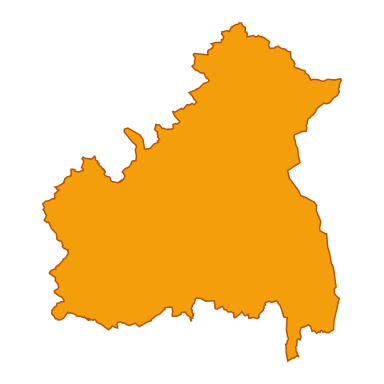 Roscrea-Templemore Lea-4, North Tipperary, Ireland (Mercator projection)
{"feature_id": "5873133B40874438019884", "entity_name": "Roscrea-Templemore Lea-4", "entity_type": "district", "adm_level": 2, "iso_a3": "IRL", "parent_name": "Ireland", "parent_adm1": "North Tipperary", "projection": "mercator", "projection_center": [-7.88, 52.84], "detail": "fine", "context": "isolated", "style": "filled", "palette": "amber", "viewbox_px": 384, "rotation_deg": 0, "n_neighbors": 0, "source": "geoboundaries", "source_scale": "gbopen_adm2", "svg_char_len": 5909}
<svg xmlns="http://www.w3.org/2000/svg" viewBox="0 0 384 384"><path d="M56.7,318.5L57.6,319.9L60.2,319.9L62.5,318.7L63.9,317.9L67.7,312.3L68.0,313.1L70.0,312.8L75.7,314.4L76.4,316.0L80.6,316.4L83.4,317.6L84.4,316.8L85.5,318.1L88.9,318.7L87.4,319.6L88.6,320.3L91.1,319.7L93.4,320.2L94.1,319.4L95.5,319.9L97.0,322.4L101.2,324.2L108.4,329.8L111.1,327.9L112.0,326.1L117.5,328.1L117.7,326.2L116.7,324.5L117.0,323.7L118.0,322.2L120.5,321.8L122.7,323.2L124.5,322.8L126.2,324.4L129.2,325.5L135.2,323.3L139.3,326.7L147.1,322.1L151.3,320.7L151.1,319.8L156.9,315.2L160.2,313.7L163.4,310.2L165.0,309.5L164.5,308.1L164.9,307.7L171.4,307.1L172.4,308.0L172.3,309.9L172.9,311.5L172.2,313.7L172.4,316.4L177.3,316.0L180.9,314.3L181.5,312.6L182.2,312.1L185.2,312.2L187.8,315.5L189.8,316.7L190.9,320.9L191.5,320.7L191.1,319.9L191.3,318.2L192.8,318.0L192.4,317.0L193.2,315.5L192.8,315.2L193.7,314.1L192.5,313.0L191.9,311.1L192.2,309.9L191.2,309.1L192.7,304.7L194.4,302.9L195.4,298.7L196.8,298.0L201.0,298.7L205.9,301.2L214.2,300.8L214.5,303.5L214.9,303.7L214.8,307.1L215.3,308.7L217.4,309.1L221.9,306.3L223.7,307.6L224.0,309.6L226.6,310.0L227.3,311.4L228.4,312.0L231.1,311.8L233.2,313.0L233.8,313.9L233.7,316.8L234.9,317.9L240.6,313.5L241.8,311.5L244.6,315.4L245.5,315.8L248.1,314.3L248.9,318.3L253.5,317.5L257.3,318.5L259.0,317.3L258.9,315.0L259.7,313.6L263.4,310.1L263.5,308.8L264.3,307.7L263.9,307.2L264.0,305.9L265.4,305.1L265.0,302.9L268.9,301.3L272.0,302.5L275.9,300.8L277.8,301.9L277.9,303.0L280.2,305.8L281.7,309.6L283.7,316.9L287.1,317.8L286.4,329.5L287.5,336.7L288.2,337.6L288.4,339.6L287.2,341.0L287.0,343.8L285.6,344.3L286.2,346.6L286.1,351.6L287.7,361.0L292.5,358.2L294.1,358.1L296.9,355.6L298.2,356.9L298.7,356.6L295.9,350.7L296.0,348.5L295.6,346.9L296.9,345.6L296.7,344.1L297.3,339.4L298.8,339.0L300.0,339.9L301.1,336.7L299.8,332.5L301.0,327.7L305.7,326.4L308.5,324.6L309.6,326.0L310.4,326.0L312.1,331.3L314.3,330.6L316.5,333.2L318.6,331.9L320.0,332.3L320.9,330.6L321.5,330.4L322.3,330.8L323.0,332.3L324.5,331.5L326.0,332.5L328.7,332.7L333.5,329.6L334.0,320.9L339.2,298.5L335.4,295.0L334.3,293.2L334.4,288.9L336.1,286.9L333.3,267.2L331.2,262.7L329.5,252.9L327.7,247.2L326.6,233.8L325.4,233.7L320.0,230.7L319.6,227.7L320.8,221.5L316.3,210.9L316.7,205.4L314.5,202.4L305.3,197.2L300.7,195.7L298.6,190.8L289.4,178.3L287.6,170.7L300.0,162.6L298.3,155.4L297.6,147.9L296.1,145.7L295.0,139.9L294.4,139.0L294.0,136.1L294.7,134.7L302.9,131.3L306.3,131.2L306.8,128.0L306.3,125.4L307.2,123.7L307.0,122.5L308.4,118.3L310.0,117.9L311.1,116.1L312.6,115.4L315.5,111.9L315.9,110.3L318.2,107.4L323.9,103.2L326.6,103.8L329.9,102.6L333.1,98.3L337.2,95.6L339.3,91.6L338.4,88.8L339.2,87.3L339.4,84.4L341.2,80.3L340.7,78.7L334.8,80.0L327.8,79.3L323.1,81.4L317.6,79.6L312.9,79.4L311.0,80.2L308.5,75.3L305.3,73.0L305.3,71.4L304.4,70.5L301.9,70.1L298.2,68.2L296.4,68.2L294.3,66.7L294.0,66.1L294.9,63.9L294.1,62.9L294.2,61.9L290.8,57.9L290.6,52.0L287.1,51.1L285.5,49.2L281.2,48.4L278.4,46.2L275.8,46.9L274.2,48.2L269.7,48.2L268.5,44.8L269.6,41.8L263.8,37.5L262.1,37.5L261.8,36.5L259.5,36.6L258.6,35.4L256.8,36.9L254.6,36.5L253.5,35.5L246.9,36.9L247.3,33.6L246.6,32.9L246.7,32.2L245.1,31.9L245.4,27.5L242.5,25.7L241.5,23.0L239.0,23.0L238.2,24.4L236.3,24.5L233.1,26.0L232.2,27.3L231.4,27.1L229.3,31.5L226.8,30.6L222.9,32.0L222.1,31.6L221.6,33.9L223.7,36.6L223.1,39.2L221.4,39.8L221.7,41.2L220.5,42.5L216.2,42.5L211.3,43.7L213.5,45.8L211.6,48.5L208.3,50.3L207.7,51.7L207.9,54.8L194.3,53.5L193.3,54.6L193.5,55.6L194.8,57.0L195.3,59.0L194.4,61.0L194.6,62.8L194.0,64.8L192.0,66.2L195.4,70.0L197.6,70.5L200.1,72.7L204.4,73.3L204.5,74.3L206.3,78.2L208.0,78.9L209.2,80.5L208.1,82.1L203.6,83.5L199.2,88.0L196.3,89.3L196.6,89.6L189.0,92.6L192.2,95.8L193.9,99.1L196.7,101.7L194.5,104.6L192.4,103.6L191.4,103.6L190.0,105.0L187.1,104.6L183.5,108.9L182.3,109.2L181.6,108.3L174.4,112.4L173.6,111.4L172.8,111.7L174.4,115.7L179.6,121.3L179.5,122.3L177.4,123.8L175.2,123.5L172.9,124.7L173.3,127.9L172.3,129.0L165.9,129.4L163.7,128.2L162.1,128.5L159.6,125.0L155.8,124.6L156.2,125.5L155.8,125.6L154.7,129.2L155.2,130.3L157.3,131.7L157.6,132.5L157.2,134.0L158.0,135.7L157.7,136.9L159.5,139.8L157.5,141.2L158.2,142.3L153.9,144.1L150.2,148.4L145.1,149.3L144.4,148.1L143.0,139.4L140.0,135.0L127.7,128.0L124.3,129.3L124.2,131.8L131.5,140.9L135.9,145.1L136.5,147.3L135.3,149.7L136.4,156.1L135.9,160.9L133.1,160.8L131.8,161.6L131.1,164.1L129.0,167.1L125.4,168.5L122.5,171.4L122.2,172.2L123.4,173.1L125.0,176.2L123.2,179.8L121.8,179.9L121.7,180.7L121.1,180.4L120.4,181.1L121.1,181.4L120.0,182.0L119.9,181.4L118.0,182.8L111.6,181.4L110.5,180.1L110.5,178.2L109.3,177.0L105.5,175.9L104.5,174.6L104.2,173.2L104.9,172.9L105.2,171.8L104.4,171.1L104.7,170.4L103.5,169.7L103.8,169.4L103.1,168.7L102.5,168.9L101.0,166.6L99.2,165.6L99.0,163.6L98.1,163.7L98.0,162.6L97.4,162.6L97.7,161.2L95.4,159.9L95.5,157.6L94.7,156.2L91.7,159.1L85.1,158.3L83.1,157.2L82.0,158.8L82.7,159.2L83.6,161.5L83.5,162.7L81.5,167.6L83.2,169.2L83.0,170.4L78.7,171.9L75.0,171.2L75.1,170.0L72.9,169.2L71.0,169.4L71.2,175.6L67.0,177.0L64.9,178.7L63.8,182.0L64.2,182.5L57.8,186.6L55.1,186.9L56.6,188.9L59.0,190.0L54.5,194.0L54.7,198.7L52.4,198.8L48.5,200.9L45.8,201.1L42.8,203.9L44.2,207.4L44.1,208.4L43.0,209.6L44.5,211.2L45.1,213.3L46.6,215.6L44.2,220.3L47.1,222.5L48.2,222.2L49.5,223.1L49.2,223.6L51.6,228.7L56.4,233.6L57.0,239.2L58.3,240.4L61.5,241.5L63.0,245.3L62.3,245.9L62.5,246.8L64.2,248.6L65.3,248.3L66.1,249.5L68.1,249.9L67.8,250.8L68.5,252.7L65.7,258.0L63.2,259.2L62.9,260.6L58.8,264.7L58.7,265.5L57.6,265.4L56.1,266.8L55.4,267.9L55.6,269.0L51.5,270.2L49.5,272.3L49.8,273.0L49.5,273.5L55.0,277.2L55.5,278.4L55.3,280.8L58.1,284.3L58.6,287.4L57.4,289.1L54.9,290.4L54.4,291.3L54.5,292.5L58.9,295.8L62.1,297.3L64.1,300.7L64.0,301.6L60.8,301.8L59.3,302.9L57.1,303.3L56.4,305.9L54.3,307.3L51.9,310.4L51.9,314.2L54.3,316.5L55.4,318.8L56.7,318.5Z" fill="#f59e0b" stroke="#b45309" stroke-width="1.5"/></svg>